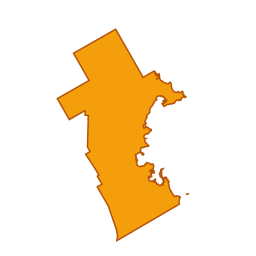 outline of Ceduna, South Australia, Australia, rotated 240°
{"feature_id": "25037944B93610458864606", "entity_name": "Ceduna", "entity_type": "district", "adm_level": 2, "iso_a3": "AUS", "parent_name": "Australia", "parent_adm1": "South Australia", "projection": "orthographic", "projection_center": [133.706, -32.147], "detail": "fine", "context": "isolated", "style": "filled", "palette": "amber", "viewbox_px": 256, "rotation_deg": 240, "n_neighbors": 0, "source": "geoboundaries", "source_scale": "gbopen_adm2", "svg_char_len": 5910}
<svg xmlns="http://www.w3.org/2000/svg" viewBox="0 0 256 256"><g transform="rotate(240 128 128)"><path d="M36.4,134.4L37.5,134.7L39.1,135.5L41.1,137.5L41.9,137.7L41.8,138.5L42.5,138.6L42.9,138.5L42.7,137.9L44.0,137.4L44.3,136.4L45.1,136.0L45.2,135.6L44.9,135.2L45.1,134.6L45.5,134.1L46.6,133.8L50.3,133.6L50.7,133.8L51.9,133.4L52.4,133.8L53.1,133.8L54.0,133.5L60.3,135.6L61.2,136.8L62.1,136.0L63.1,136.3L63.6,136.8L63.9,136.5L64.0,136.1L64.6,135.9L65.5,136.1L65.7,136.5L66.1,136.4L66.5,135.8L66.4,135.2L66.8,135.4L66.8,135.2L66.2,134.8L66.4,134.2L67.6,133.3L68.6,133.1L69.4,133.2L73.9,135.4L74.8,136.1L74.9,136.7L75.2,136.7L74.9,137.3L75.1,137.8L75.2,137.3L75.7,136.7L75.7,136.0L75.0,135.8L74.9,135.1L74.4,134.8L73.9,134.8L73.9,134.4L73.2,133.6L73.1,132.9L72.4,132.4L71.8,132.4L71.8,132.1L70.7,132.2L70.1,131.7L69.3,132.2L68.4,131.9L68.2,132.1L68.2,131.8L68.0,132.8L67.6,133.0L66.9,133.2L66.5,132.6L66.6,133.2L66.5,133.5L66.4,132.6L66.6,132.2L67.0,132.1L66.5,132.2L65.3,132.5L64.9,133.1L64.4,133.0L64.6,132.9L64.3,132.7L64.8,131.7L64.4,132.0L63.4,131.5L62.9,131.6L62.4,130.8L62.7,130.6L62.2,130.3L62.1,130.0L61.7,130.0L62.5,129.5L62.2,129.3L62.3,128.4L61.8,128.2L62.1,127.5L62.0,127.0L62.8,126.3L64.2,126.1L64.6,125.3L65.4,124.8L66.2,124.9L66.6,125.4L67.3,125.1L68.1,123.9L68.1,124.2L68.8,124.5L69.3,126.0L70.0,126.1L69.7,123.4L69.9,122.2L71.2,120.5L72.0,120.4L72.3,120.1L73.0,120.1L73.8,120.8L74.1,120.6L74.6,120.8L74.3,121.4L74.5,121.7L75.4,121.7L75.2,121.9L75.4,122.2L74.0,122.7L74.1,123.0L74.7,123.1L74.9,123.6L74.8,124.1L74.5,124.4L75.8,124.8L76.8,124.8L77.3,125.2L77.0,126.6L76.0,127.7L76.4,128.5L77.3,129.2L77.5,129.0L78.5,128.9L79.3,127.9L79.5,127.3L79.3,127.0L79.4,127.6L79.1,127.9L79.2,127.1L78.9,127.3L78.7,126.9L78.5,127.0L78.6,127.4L78.3,127.4L78.2,127.8L77.8,127.2L77.5,127.3L77.5,127.0L77.9,126.9L78.1,126.2L79.0,125.8L78.7,125.4L79.3,125.7L79.8,125.1L80.4,124.6L79.8,125.3L79.5,126.0L79.8,126.8L80.4,126.2L80.1,126.9L80.4,127.2L79.9,128.7L80.0,129.3L82.2,131.3L84.4,131.6L84.7,129.9L86.3,129.2L86.9,128.4L87.8,127.8L88.0,127.3L88.8,126.9L87.8,125.4L87.7,125.0L88.0,124.4L87.3,123.8L87.1,122.9L88.2,121.3L87.9,120.7L88.4,119.3L89.9,117.9L91.0,117.4L92.9,117.7L93.9,118.7L95.0,118.5L94.9,119.0L95.6,119.3L95.3,120.0L96.2,120.1L96.1,119.9L97.2,119.3L98.2,119.8L98.6,120.4L98.5,120.6L99.6,121.0L100.3,120.6L100.6,120.8L101.1,121.2L101.0,121.6L101.2,122.1L100.9,123.5L101.2,124.7L100.9,125.9L100.4,126.5L98.9,127.2L97.7,126.9L97.0,127.5L97.1,128.2L97.7,128.7L99.7,127.9L100.3,127.3L101.5,127.1L102.9,128.0L104.1,129.2L104.3,130.3L103.9,130.9L103.6,131.0L103.3,131.8L103.4,133.2L102.8,134.2L102.7,135.5L102.1,136.1L102.2,137.1L103.4,136.6L105.0,136.5L105.5,136.2L107.2,135.9L108.3,136.1L108.7,136.4L109.8,136.5L110.5,137.3L110.2,138.0L111.5,137.0L113.1,137.7L113.5,138.3L113.5,139.4L113.9,140.8L113.5,141.9L113.0,142.0L112.9,142.6L113.2,143.6L114.2,144.9L114.0,146.2L114.4,146.5L114.3,146.9L115.0,147.4L115.5,147.3L115.9,146.3L116.6,145.7L117.3,145.6L118.1,145.8L118.8,145.5L119.2,145.0L119.1,144.8L119.4,144.6L119.3,144.2L120.4,143.9L119.9,143.4L120.4,142.2L120.1,141.9L121.2,142.0L122.3,142.4L122.8,143.0L123.1,143.9L122.0,144.2L121.8,144.6L122.8,144.7L122.9,145.3L123.3,145.7L123.2,146.1L124.2,145.7L125.3,146.1L126.0,147.2L126.8,148.0L127.7,149.8L128.6,149.9L129.0,150.2L130.0,152.0L130.5,154.4L130.9,154.5L131.0,155.0L131.9,155.2L133.6,156.5L134.9,158.9L135.0,159.8L136.3,162.0L136.6,162.9L137.7,163.7L138.1,165.5L137.9,166.8L138.1,167.1L138.8,166.8L139.6,166.9L140.5,168.2L140.6,169.9L140.4,170.5L140.1,170.7L140.2,171.5L139.9,172.0L139.1,172.2L139.2,172.7L138.7,173.3L138.7,173.6L138.1,173.4L137.7,173.9L137.6,173.7L136.8,174.1L136.6,174.6L135.9,174.6L136.0,174.8L135.8,174.6L135.6,174.8L135.3,174.7L134.4,174.2L133.7,174.9L133.5,175.0L133.9,174.3L133.6,173.9L133.4,174.8L132.4,174.9L132.4,174.6L132.1,174.6L131.5,174.0L131.7,173.4L132.4,173.2L132.1,172.7L133.2,172.8L132.9,172.3L133.5,172.2L133.9,172.3L133.9,172.6L134.1,172.3L133.8,171.9L132.6,171.7L132.1,172.0L132.9,172.3L132.5,172.5L131.7,172.0L131.6,171.6L132.0,171.8L132.2,171.6L132.4,171.5L131.8,171.2L131.4,170.5L132.3,170.3L132.4,170.7L132.3,170.2L131.8,169.9L132.1,169.9L132.5,170.4L132.4,169.9L132.9,170.0L131.8,169.7L130.1,170.2L129.3,169.8L128.6,170.0L128.7,173.5L128.3,174.8L128.0,175.0L128.0,176.2L127.0,177.7L127.1,178.0L126.7,178.7L126.9,179.1L126.7,179.9L126.3,180.3L128.0,184.0L127.5,185.1L126.9,185.1L126.3,185.6L126.6,186.6L126.4,187.0L125.8,187.4L125.8,188.1L126.7,188.3L127.2,190.0L127.1,191.7L126.8,192.2L126.2,192.2L126.0,192.7L126.0,193.7L126.3,193.9L126.6,193.8L127.0,192.4L127.6,192.1L128.0,192.2L128.6,193.0L129.2,192.4L129.4,192.6L130.0,192.2L130.6,193.0L132.4,193.7L132.6,193.0L132.3,192.6L132.3,192.0L132.7,190.7L133.3,190.2L134.5,189.7L134.0,189.0L134.3,188.3L135.9,186.3L136.5,185.9L139.7,185.7L141.0,185.9L142.3,186.3L143.9,187.2L146.1,187.7L146.7,186.9L146.3,186.3L146.4,185.9L146.2,185.0L146.7,184.2L147.8,183.4L148.6,182.5L150.6,181.3L151.9,180.9L152.6,180.1L154.1,180.1L155.3,180.3L158.4,181.8L159.5,182.0L159.5,181.1L158.9,181.3L158.5,180.8L157.9,180.6L157.2,179.9L156.1,179.6L156.0,177.6L155.6,177.1L155.2,177.0L155.6,177.0L156.1,177.5L156.2,179.5L157.8,180.0L158.8,179.7L159.0,179.9L158.8,180.1L157.8,180.3L158.6,180.7L159.0,181.1L159.0,180.5L159.5,179.9L159.1,180.0L158.8,179.6L158.8,179.4L159.2,179.4L159.1,179.7L159.3,180.0L159.5,179.7L160.3,179.6L160.1,179.2L160.4,179.4L161.0,179.0L161.0,179.3L161.4,179.1L161.4,178.7L161.8,178.5L162.0,178.8L161.5,178.9L161.0,179.7L160.3,179.8L162.3,179.7L164.3,179.2L164.3,166.4L219.7,166.7L220.0,118.2L188.6,118.1L188.8,81.5L164.6,81.4L164.6,99.4L160.3,97.2L159.8,98.4L158.4,99.9L155.8,97.9L155.1,97.7L131.8,83.4L126.5,83.3L126.5,78.2L108.9,79.2L101.6,79.2L101.6,77.3L92.4,77.4L92.4,71.9L70.8,72.0L46.3,67.3L39.8,65.1L36.0,62.1L36.4,134.4ZM40.8,147.1L41.3,146.3L41.2,146.0L40.7,146.9L40.8,147.1Z" fill="#f59e0b" stroke="#b45309" stroke-width="1.5"/></g></svg>